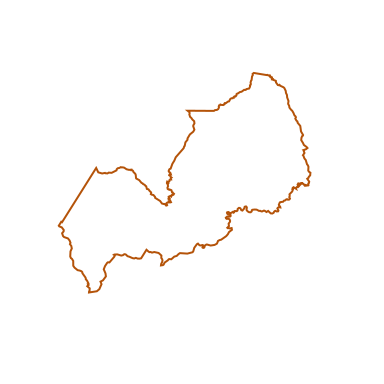 the district of São Francisco do Guaporé, Rondônia, Brazil, rotated 302°
{"feature_id": "56859067B18532063940757", "entity_name": "São Francisco do Guaporé", "entity_type": "district", "adm_level": 2, "iso_a3": "BRA", "parent_name": "Brazil", "parent_adm1": "Rondônia", "projection": "robinson", "projection_center": [-63.11, -12.38], "detail": "fine", "context": "isolated", "style": "outline", "palette": "amber", "viewbox_px": 384, "rotation_deg": 302, "n_neighbors": 0, "source": "geoboundaries", "source_scale": "gbopen_adm2", "svg_char_len": 6103}
<svg xmlns="http://www.w3.org/2000/svg" viewBox="0 0 384 384"><g transform="rotate(302 192 192)"><path d="M272.4,167.6L258.6,145.2L258.3,147.6L257.3,148.4L256.4,148.6L254.7,150.6L254.5,152.1L253.7,153.8L253.2,156.3L251.5,157.7L249.2,157.8L248.4,158.2L246.1,161.0L243.8,161.1L239.7,159.7L235.1,159.8L233.9,160.5L230.6,160.1L227.2,161.4L226.5,161.2L224.7,161.7L212.8,159.8L209.2,160.4L205.6,160.4L200.5,161.5L199.5,160.8L198.0,160.9L197.3,161.2L196.8,162.2L196.9,162.8L196.7,163.6L195.7,164.8L195.5,164.4L195.8,163.8L194.8,163.6L194.1,163.8L194.2,164.9L193.7,165.6L193.4,166.9L192.8,166.5L192.3,166.7L191.5,167.7L190.8,166.9L190.0,166.6L189.3,167.1L188.6,167.0L188.1,166.6L187.9,166.0L187.3,166.8L186.8,165.7L186.1,166.1L185.8,166.8L185.8,167.5L185.1,167.8L184.3,168.6L182.6,168.9L181.7,169.8L181.7,170.4L182.1,171.0L181.8,171.6L182.5,172.5L182.6,173.6L181.2,175.2L181.4,175.9L181.1,176.3L180.9,177.7L179.8,177.7L179.1,176.6L178.5,176.9L177.8,176.2L177.1,176.6L177.0,175.6L175.6,174.7L175.2,175.0L174.7,176.3L173.7,175.7L173.3,176.2L173.5,177.5L172.2,179.6L171.8,179.3L171.4,178.5L171.3,177.6L170.9,177.9L170.1,176.7L169.2,176.3L168.6,176.5L167.7,177.9L167.1,177.7L166.8,177.2L167.5,175.7L167.4,175.2L167.0,174.9L166.3,172.6L167.5,169.7L167.5,163.9L168.3,163.2L169.0,160.9L168.4,159.3L168.4,158.2L169.6,157.9L170.1,157.2L170.4,155.6L171.2,153.6L170.7,152.1L172.6,150.1L172.5,149.4L173.0,148.0L172.8,146.3L173.1,145.8L173.0,144.2L174.1,140.9L173.9,137.6L174.1,137.2L176.7,135.2L177.4,134.2L177.9,131.8L178.6,130.9L178.8,129.9L178.3,129.0L178.8,128.7L177.4,126.9L176.6,124.4L176.7,121.6L176.2,120.2L175.5,119.2L175.4,118.5L174.0,117.7L172.7,116.4L171.5,116.1L170.3,116.5L165.7,113.7L164.3,111.1L163.0,110.5L162.0,108.6L162.1,108.1L160.1,106.0L159.0,102.1L161.6,98.0L97.5,97.8L97.5,96.9L92.8,96.9L92.5,97.7L93.0,100.3L91.8,103.4L90.5,104.0L88.2,103.7L86.3,106.0L86.0,107.4L86.9,111.4L86.0,113.9L84.5,115.9L83.1,116.1L82.3,118.2L80.4,120.0L77.3,120.4L72.8,122.9L71.8,124.3L71.7,125.6L70.6,127.8L66.5,130.4L65.6,132.5L65.1,136.4L65.9,138.5L66.2,140.3L65.9,141.4L65.0,142.2L63.2,146.6L62.6,147.6L61.7,148.2L61.3,149.8L59.5,152.8L58.6,153.4L58.4,152.9L58.0,153.4L56.6,153.1L56.1,156.3L53.7,157.6L53.2,157.4L52.2,157.9L57.4,163.9L60.5,164.9L65.9,164.1L67.5,161.9L69.9,163.3L74.8,163.7L77.1,161.8L79.7,158.1L83.2,157.5L87.0,157.6L87.9,158.0L88.5,159.3L95.9,160.4L97.4,160.2L97.4,159.1L97.8,159.3L99.5,161.7L100.6,165.7L101.8,166.9L103.3,167.5L103.7,168.1L103.9,169.3L103.4,171.3L103.9,173.1L104.4,176.6L105.0,178.2L106.4,179.3L106.7,181.1L107.6,182.7L108.8,184.0L118.9,184.0L118.4,186.9L118.5,187.9L119.2,188.7L119.4,190.2L121.1,191.8L122.6,196.0L121.9,199.7L119.8,200.9L119.2,202.3L118.4,203.2L116.8,203.8L114.6,204.0L113.3,204.6L114.6,206.1L115.3,206.4L117.7,206.2L121.2,207.7L122.6,207.9L123.1,208.3L124.0,210.1L127.8,211.2L129.7,212.9L132.3,213.5L133.8,214.2L137.3,220.7L141.2,224.4L142.4,224.5L145.9,223.5L150.3,223.8L151.4,224.4L150.9,226.1L150.9,226.9L151.2,227.6L152.6,229.0L152.7,229.6L150.5,230.3L150.5,231.0L150.9,231.6L151.6,231.8L153.3,231.3L155.0,232.0L155.4,232.5L156.5,236.2L159.0,239.1L160.1,239.8L161.5,240.5L164.3,240.0L165.9,240.9L167.0,242.0L172.7,244.4L175.2,244.8L177.6,244.6L181.1,245.9L182.4,244.7L181.1,243.3L180.9,242.3L180.3,241.6L180.4,240.9L182.7,241.4L184.6,239.8L186.7,240.0L187.6,239.7L188.7,238.4L188.7,237.3L187.6,235.6L187.7,234.8L188.1,234.3L189.7,234.8L191.2,237.2L191.9,237.5L192.9,237.0L193.0,236.4L192.2,234.5L192.2,233.7L192.8,232.7L193.5,232.6L194.3,233.5L194.3,235.5L194.7,236.1L196.7,237.1L196.4,238.1L197.1,238.5L198.1,238.1L198.5,238.3L199.5,240.1L200.4,240.4L201.9,239.7L203.4,240.2L203.8,241.0L203.7,241.9L202.7,243.5L203.0,244.6L205.7,245.0L207.4,244.5L208.4,245.4L208.3,246.1L207.8,246.8L205.9,247.6L205.5,248.1L205.1,249.4L205.1,251.1L205.9,252.5L207.1,252.9L208.3,252.4L208.9,252.6L210.4,254.5L211.3,256.2L211.5,258.9L212.2,259.8L212.3,261.0L212.6,261.7L214.3,262.8L214.6,263.5L214.5,265.8L216.3,266.6L215.6,270.1L216.3,271.5L217.5,272.2L219.0,272.1L220.2,272.6L220.4,274.2L221.3,275.3L222.1,275.1L223.3,273.1L224.1,273.1L225.1,273.7L225.7,275.1L226.4,274.4L226.6,273.1L227.2,272.4L229.7,272.0L230.5,272.6L232.0,274.4L233.4,274.6L234.3,275.5L235.8,275.9L236.3,276.5L236.3,277.5L237.2,278.5L238.3,278.6L239.2,277.2L240.4,277.0L241.7,275.9L245.5,276.7L248.5,276.1L248.0,275.5L248.9,275.2L249.9,275.6L249.9,278.4L250.2,278.0L251.6,278.2L252.1,279.2L253.1,279.5L253.3,278.5L253.9,278.3L254.3,277.6L255.5,277.6L255.1,279.8L255.9,280.0L255.7,279.4L256.6,279.1L257.5,279.9L258.1,280.8L257.6,281.4L257.9,282.2L257.1,284.3L257.6,285.1L258.2,284.7L258.9,286.9L259.6,287.1L259.9,286.6L260.9,286.1L261.6,286.4L262.9,285.9L264.3,282.7L265.9,283.3L266.8,283.0L268.7,283.4L271.1,282.2L271.2,280.3L271.8,279.2L275.1,277.4L276.0,276.2L276.5,274.8L279.4,271.5L280.0,269.6L281.9,267.1L282.0,266.6L284.7,266.7L285.7,265.3L286.4,265.1L286.6,264.3L288.7,266.0L290.5,266.6L290.9,265.3L291.2,261.9L292.3,260.3L293.9,257.1L296.0,256.1L297.8,255.8L298.6,256.2L299.2,256.0L301.1,252.4L305.4,248.8L306.7,244.9L307.7,244.0L307.9,242.7L309.0,240.7L310.5,240.5L311.1,239.4L311.2,238.4L312.9,236.0L314.0,233.9L314.3,232.3L315.2,229.9L316.6,228.7L317.7,226.8L320.3,225.6L322.6,222.6L324.6,221.1L325.8,219.2L327.4,217.9L329.1,215.2L329.3,214.1L328.9,210.8L329.2,209.5L328.7,209.4L328.2,208.1L329.4,205.2L330.7,204.2L330.2,201.7L330.6,201.2L330.1,200.9L329.8,200.1L331.6,199.1L331.4,197.7L331.7,197.1L331.1,197.2L331.8,195.5L331.3,195.0L331.2,193.7L330.7,193.3L325.7,181.3L324.3,180.8L323.4,181.6L321.8,181.7L318.5,183.2L317.8,183.1L316.0,183.6L314.7,184.7L313.9,184.9L313.2,184.6L312.1,185.4L310.0,185.6L308.1,183.6L307.2,183.5L306.7,183.0L306.3,182.1L303.3,180.9L302.2,179.7L299.9,178.7L299.6,178.3L298.6,177.9L297.4,178.5L296.1,178.3L296.1,177.8L295.5,177.3L294.7,177.1L294.2,177.5L293.7,176.9L293.0,176.8L292.4,175.8L291.3,175.2L288.5,175.4L287.6,174.5L285.4,173.7L284.8,172.7L284.1,172.6L283.6,173.1L282.3,172.4L281.4,170.7L281.2,169.7L280.1,169.6L279.8,169.1L278.8,169.3L277.9,170.1L276.2,170.3L274.8,169.6L273.6,168.1L272.4,167.6Z" fill="none" stroke="#b45309" stroke-width="2"/></g></svg>